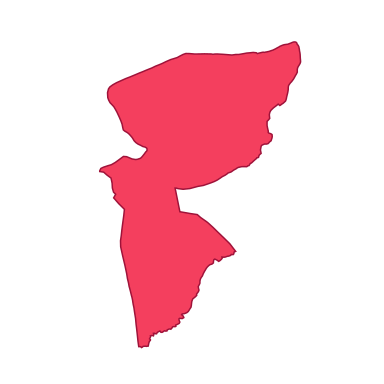 Bavet, Svay Rieng, Cambodia, rotated 276°
{"feature_id": "14789045B60097519425510", "entity_name": "Bavet", "entity_type": "district", "adm_level": 2, "iso_a3": "KHM", "parent_name": "Cambodia", "parent_adm1": "Svay Rieng", "projection": "natural_earth1", "projection_center": [106.09, 11.037], "detail": "fine", "context": "isolated", "style": "filled", "palette": "rose", "viewbox_px": 384, "rotation_deg": 276, "n_neighbors": 0, "source": "geoboundaries", "source_scale": "gbopen_adm2", "svg_char_len": 4954}
<svg xmlns="http://www.w3.org/2000/svg" viewBox="0 0 384 384"><g transform="rotate(276 192 192)"><path d="M287.2,270.3L287.7,271.0L288.7,272.0L289.3,272.8L289.8,273.4L290.7,274.2L291.4,274.8L292.2,275.5L293.6,275.9L295.0,276.1L296.4,276.2L298.6,276.5L299.9,276.7L301.9,276.9L303.9,277.0L306.2,276.8L307.9,276.9L309.3,277.6L310.9,278.5L312.1,279.5L313.3,280.2L314.8,281.1L316.6,281.9L318.6,282.7L320.2,283.5L322.2,284.2L323.7,284.0L325.1,283.9L326.7,284.1L328.2,284.7L330.0,285.6L331.3,286.1L332.7,286.4L334.6,286.1L336.6,285.7L338.0,285.5L340.4,285.1L342.0,284.7L343.5,284.2L344.9,283.9L345.9,283.6L347.8,283.0L349.0,282.2L349.8,281.3L350.9,280.7L351.6,280.3L352.0,279.0L351.9,277.7L351.3,276.2L350.7,275.2L349.9,273.6L349.0,271.9L348.7,270.5L348.4,269.3L348.1,268.2L347.5,266.8L346.8,265.5L346.1,264.2L345.4,263.4L344.6,262.2L343.8,261.0L343.3,260.4L342.5,259.1L341.6,257.7L341.0,256.3L340.3,254.8L339.9,254.0L339.5,252.7L339.2,251.9L338.8,250.4L338.4,249.3L338.5,248.3L338.2,247.1L337.8,246.0L337.2,244.3L336.5,242.5L337.2,241.4L337.2,238.2L336.5,235.1L335.9,231.9L334.8,228.2L333.7,224.3L333.3,221.0L332.4,217.4L332.3,212.9L332.2,209.1L332.0,204.9L331.9,202.6L331.6,200.3L331.1,198.3L331.3,197.1L331.0,193.5L330.7,189.9L330.0,184.5L329.5,180.1L329.4,175.1L329.1,171.4L327.9,168.8L325.9,165.7L324.2,163.3L322.8,160.1L321.4,156.8L318.9,152.4L316.7,148.9L315.0,145.8L313.3,142.5L311.1,139.0L309.6,136.1L308.0,133.1L306.6,130.6L305.1,127.7L303.0,123.9L301.3,120.8L300.0,118.4L297.8,114.1L295.3,109.8L292.8,105.5L290.4,102.1L288.0,99.4L285.9,98.2L281.9,97.6L277.0,98.4L274.7,99.5L272.2,101.2L270.8,102.9L268.7,105.3L266.6,106.9L263.6,109.0L258.6,112.0L255.2,113.9L252.1,115.4L248.8,116.4L246.6,117.2L245.5,118.8L244.4,121.3L243.5,122.8L241.9,124.7L239.9,126.8L238.9,127.6L236.9,129.1L235.3,131.0L234.0,133.3L233.0,136.2L232.1,138.3L231.8,140.5L231.0,142.3L230.0,142.8L228.7,142.9L227.9,142.6L227.0,141.8L224.7,140.5L221.9,138.7L220.2,137.3L218.8,134.3L218.4,132.5L218.6,129.0L220.3,123.3L220.2,120.1L217.9,117.6L215.7,115.2L213.2,112.4L210.7,108.9L209.4,105.7L207.4,101.3L205.9,98.9L203.4,98.0L202.7,98.1L202.5,102.1L200.0,105.6L197.4,110.0L192.5,111.6L187.6,112.4L183.6,114.0L181.8,116.3L178.0,114.7L172.7,120.4L167.7,126.6L161.5,126.6L151.7,126.3L146.3,126.2L141.4,126.2L136.1,126.0L130.0,126.8L121.3,129.7L112.2,132.9L103.9,135.6L99.3,136.8L94.8,138.4L91.3,139.4L90.4,139.8L86.7,141.2L83.0,142.5L81.0,143.3L78.2,144.2L75.8,144.8L74.0,145.3L71.0,146.3L67.0,147.3L60.3,149.1L54.7,150.2L50.4,151.2L44.9,152.4L37.8,153.9L32.6,155.2L32.8,157.1L32.0,158.0L32.5,158.8L33.4,159.6L33.8,161.8L33.7,162.7L34.2,164.6L36.9,164.8L38.9,165.2L40.1,166.1L40.8,166.1L41.5,165.1L42.4,165.5L44.0,166.0L44.6,165.7L45.0,166.6L45.1,167.6L44.9,168.7L46.2,168.9L47.4,168.4L47.6,169.2L47.2,170.3L47.3,171.6L48.6,172.1L49.5,173.2L50.4,174.6L49.2,175.8L49.3,176.9L49.9,177.8L51.1,179.1L50.9,180.5L51.3,181.7L52.4,181.8L52.7,182.5L53.2,183.3L53.5,184.5L53.3,185.3L54.8,186.4L55.8,186.7L56.2,187.8L56.3,189.3L56.7,190.0L57.9,189.7L59.1,191.7L60.0,193.0L61.4,193.5L63.0,192.6L64.4,192.3L65.0,192.7L65.1,195.5L66.2,197.0L67.6,196.3L68.9,194.5L69.7,195.0L70.2,197.1L71.4,199.4L72.8,200.8L74.8,201.8L75.8,202.2L77.1,203.0L79.0,203.2L80.8,203.2L82.1,203.2L83.3,203.3L84.3,203.5L85.9,204.0L87.5,205.7L88.9,206.9L89.7,207.5L91.0,207.2L92.4,208.1L93.6,208.8L95.2,209.2L96.7,208.6L98.6,208.1L100.8,209.0L102.1,209.4L104.4,209.2L106.4,209.5L107.9,210.1L109.6,211.1L112.1,211.8L114.5,212.8L116.2,213.6L117.6,214.2L119.2,215.2L120.6,216.4L121.5,217.3L122.4,219.4L123.7,220.7L125.1,220.6L126.9,220.8L127.6,221.5L127.5,222.3L126.8,224.1L125.8,225.8L126.8,227.1L128.3,228.4L129.5,229.0L130.4,228.6L130.5,230.7L130.8,231.9L131.8,234.0L132.1,235.3L133.0,237.1L134.0,237.6L134.0,238.7L134.0,239.4L134.8,240.0L136.0,240.1L136.9,240.3L137.5,241.6L144.4,235.1L148.8,229.6L155.1,221.5L159.0,216.6L163.4,210.6L167.5,203.3L170.1,199.6L170.4,192.5L170.7,188.3L171.1,182.0L194.1,174.8L194.2,176.1L193.9,177.7L193.8,182.9L195.2,189.5L198.2,197.3L199.7,202.6L201.6,206.7L203.0,209.7L204.7,213.0L206.4,215.7L208.5,218.3L210.5,220.6L212.1,223.1L213.7,225.0L214.7,225.9L215.4,227.5L216.1,228.9L218.1,231.1L219.9,233.7L220.8,234.6L221.3,235.5L222.4,238.8L222.8,242.2L222.8,243.4L223.1,244.1L223.8,244.7L224.2,245.9L225.3,246.5L226.5,247.0L227.0,248.0L228.1,249.0L229.5,250.2L230.7,251.3L231.7,252.3L232.8,252.9L233.0,253.9L233.6,254.6L234.3,254.6L235.7,255.0L236.5,255.6L237.6,256.7L239.3,256.2L240.9,255.7L242.7,255.8L243.9,255.9L244.9,256.0L246.0,256.8L247.3,259.2L247.4,260.8L248.0,262.5L248.8,263.2L249.9,263.9L250.5,264.6L251.2,265.3L252.1,265.5L253.2,265.7L254.0,265.9L255.6,266.0L257.5,265.6L258.2,264.3L258.6,262.3L259.2,261.6L260.6,261.5L261.9,261.0L263.4,260.5L266.0,259.7L267.9,259.5L270.1,259.3L271.5,260.4L273.3,261.6L274.6,261.3L277.0,260.8L279.4,261.1L281.4,261.9L283.0,263.2L284.3,264.3L285.6,265.7L287.0,267.2L288.4,268.5L287.2,270.3Z" fill="#f43f5e" stroke="#9f1239" stroke-width="1.5"/></g></svg>